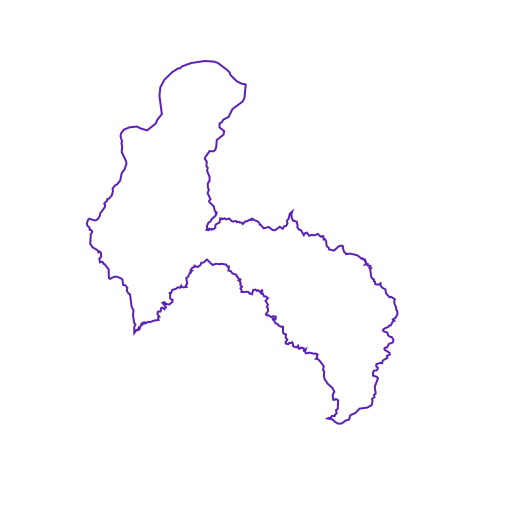 Rusizi, Western, Rwanda, rotated 36°
{"feature_id": "39286606B89224673348511", "entity_name": "Rusizi", "entity_type": "district", "adm_level": 2, "iso_a3": "RWA", "parent_name": "Rwanda", "parent_adm1": "Western", "projection": "orthographic", "projection_center": [29.077, -2.558], "detail": "fine", "context": "isolated", "style": "outline", "palette": "violet", "viewbox_px": 512, "rotation_deg": 36, "n_neighbors": 0, "source": "geoboundaries", "source_scale": "gbopen_adm2", "svg_char_len": 6136}
<svg xmlns="http://www.w3.org/2000/svg" viewBox="0 0 512 512"><g transform="rotate(36 256 256)"><path d="M421.1,268.5L420.1,266.7L420.3,265.2L422.2,261.3L420.6,259.9L422.2,257.0L420.8,255.8L415.2,256.3L414.3,255.5L414.3,254.5L415.7,252.9L415.2,249.1L417.4,245.6L416.7,243.2L413.4,241.8L411.8,242.6L409.3,242.5L407.3,240.7L403.5,241.9L402.3,241.5L402.3,239.7L404.8,235.4L404.5,234.2L405.8,233.0L405.1,227.9L405.9,227.2L404.0,226.8L405.2,224.4L404.7,219.9L402.4,217.3L401.0,217.1L399.4,215.1L396.3,213.4L394.7,211.8L393.7,209.4L389.4,209.6L388.4,210.9L383.0,209.7L380.5,207.0L376.4,207.4L374.3,206.7L372.7,204.9L371.9,207.3L369.0,208.7L367.3,206.9L366.1,207.1L365.0,205.5L363.5,206.0L361.3,205.0L356.0,199.4L356.2,198.2L354.6,198.8L354.3,196.8L352.2,198.0L351.3,196.9L349.3,198.8L349.5,196.9L347.9,195.9L347.2,196.2L346.3,194.8L345.1,195.6L343.7,195.2L343.2,196.2L338.1,195.8L334.4,197.1L330.7,198.8L327.7,201.6L326.5,200.8L325.1,201.0L321.4,198.4L320.9,197.1L319.5,197.0L317.4,199.2L315.9,205.8L311.2,207.7L310.1,206.7L307.3,206.4L304.1,202.9L301.7,201.8L300.9,202.9L298.9,200.4L297.9,201.1L297.6,200.5L297.6,201.9L296.9,202.4L293.0,201.8L291.4,204.8L288.6,206.2L287.2,208.4L283.4,207.2L282.3,208.7L282.4,211.0L277.0,208.6L275.3,209.4L272.6,208.5L271.5,206.7L268.7,204.3L265.1,205.6L262.5,204.1L260.0,201.3L259.2,198.8L258.5,202.0L260.4,206.3L260.4,209.4L262.5,211.4L262.6,214.1L261.3,215.5L261.6,218.2L258.0,218.4L256.3,224.0L254.2,225.2L249.2,225.1L245.9,229.1L242.0,228.1L240.6,228.5L239.4,227.3L236.5,227.1L233.4,228.1L231.6,227.7L230.4,228.6L231.2,229.6L229.2,230.8L228.6,232.8L227.0,234.3L226.5,237.9L224.8,237.4L223.2,238.5L221.8,238.4L220.7,239.9L219.2,239.4L217.4,241.5L215.7,242.1L212.3,241.4L210.3,244.0L208.4,244.0L207.2,245.8L205.9,246.0L206.0,246.8L205.1,246.8L206.8,250.4L205.1,253.6L205.1,255.1L206.4,256.9L206.0,259.1L204.8,259.6L204.6,260.8L202.5,261.1L202.6,262.5L201.5,262.3L201.7,263.4L200.6,263.9L200.5,262.5L198.7,260.8L198.0,257.0L198.9,254.6L198.4,252.5L199.5,247.5L199.3,245.4L198.2,244.9L198.6,244.1L195.9,243.6L192.8,240.7L186.3,239.7L185.6,238.6L185.9,236.9L179.9,233.6L178.9,230.1L177.0,229.0L174.8,226.3L174.1,224.4L174.4,222.9L172.1,219.4L166.4,215.9L165.1,213.0L163.0,212.4L160.7,208.6L157.6,207.6L156.9,206.1L156.8,198.4L159.7,196.6L160.7,194.3L159.9,191.5L156.1,185.2L158.4,176.9L156.9,173.7L150.9,173.4L148.6,170.2L149.7,167.6L149.4,164.9L152.1,159.6L150.6,150.9L154.3,139.2L154.2,137.3L153.5,134.5L146.9,123.3L142.5,125.2L137.6,125.9L128.9,124.6L127.0,123.1L123.9,122.5L111.6,122.2L107.4,123.6L99.9,128.4L90.3,137.8L84.8,145.9L84.2,149.0L82.8,149.8L80.1,156.7L78.3,167.5L79.5,175.8L83.7,183.1L96.4,196.5L96.1,203.5L97.0,207.9L94.1,218.3L87.8,220.6L83.7,221.2L77.9,226.4L74.8,231.5L74.8,236.1L76.0,238.7L80.3,242.1L81.0,244.1L83.1,245.6L86.2,250.8L95.2,255.7L97.0,257.5L98.7,263.2L98.7,268.0L101.8,274.8L101.5,279.6L100.4,282.0L100.4,285.8L102.2,287.7L103.8,292.0L103.3,296.1L102.3,297.5L103.1,298.8L102.4,301.9L102.6,303.0L103.9,303.3L105.0,305.5L104.9,313.0L106.1,315.6L106.3,318.6L105.8,320.7L104.7,322.0L99.1,323.9L98.9,325.6L100.2,329.4L101.8,330.6L104.6,330.9L105.9,332.5L107.3,331.9L109.3,332.7L109.6,335.5L114.7,343.6L118.8,345.0L124.6,344.5L126.4,345.7L127.0,344.2L128.9,344.8L131.1,347.6L130.8,350.3L133.5,352.8L134.4,351.4L136.0,351.1L137.1,352.0L138.3,351.6L144.7,353.4L149.9,360.3L151.4,360.3L153.2,356.5L155.6,354.5L159.8,353.5L161.7,353.5L165.5,357.5L167.6,356.5L170.7,357.4L171.7,359.9L174.7,361.2L176.7,361.1L185.0,370.0L189.0,372.1L191.0,375.9L196.9,381.8L198.7,382.2L199.2,385.0L202.8,389.8L202.8,386.2L203.9,385.6L203.3,383.0L204.6,383.5L203.4,378.9L204.2,378.9L204.4,377.7L203.6,377.2L204.4,376.4L204.1,375.8L204.8,375.2L205.3,376.1L206.1,375.7L207.5,372.5L209.1,371.9L211.0,368.7L214.8,364.9L213.4,364.0L212.9,362.9L213.6,362.0L210.5,361.0L209.5,359.3L209.5,358.4L211.4,357.1L209.9,353.8L210.7,352.7L213.2,352.9L213.1,350.2L207.9,348.8L208.9,347.3L210.4,347.3L210.9,348.0L214.4,346.2L215.3,342.1L214.3,340.5L212.8,341.1L211.2,340.6L209.5,337.9L208.0,336.7L207.2,337.2L209.0,335.8L208.2,332.7L210.4,329.8L211.3,327.1L213.1,326.6L213.0,324.1L213.9,324.8L215.6,324.1L218.0,321.8L216.6,321.0L216.6,318.8L212.6,314.9L213.3,313.0L212.3,308.0L213.0,307.7L212.3,306.6L212.8,305.6L211.4,305.9L211.4,302.9L212.7,301.1L212.0,300.0L215.4,299.2L216.4,295.8L215.7,293.7L217.4,292.0L218.4,287.7L226.1,288.8L228.2,285.8L231.9,283.7L232.4,282.7L237.0,280.5L239.2,281.4L240.4,280.4L242.2,284.0L244.5,283.1L247.2,284.0L251.2,282.7L252.2,283.9L253.5,283.7L254.9,284.6L256.9,284.1L256.5,285.8L257.6,285.3L258.2,286.6L259.5,286.8L260.3,288.7L262.7,289.0L262.4,291.3L264.3,292.0L265.4,293.7L270.8,289.5L273.1,290.3L274.1,289.2L275.2,289.2L273.7,285.2L275.3,283.5L277.1,283.8L277.6,282.5L280.3,282.6L280.9,280.2L281.7,280.5L281.9,283.2L283.1,283.2L283.6,282.5L286.1,283.9L287.9,282.9L290.4,283.0L290.1,286.7L294.4,288.4L294.6,290.8L296.6,291.5L298.2,293.6L298.2,297.3L299.9,297.7L300.6,296.7L304.5,296.4L305.3,294.6L307.7,293.5L308.8,295.5L306.6,296.7L306.9,297.6L308.6,297.4L311.2,298.9L314.2,298.4L315.0,299.0L317.8,298.5L319.4,297.4L322.8,301.9L324.0,302.6L326.3,301.7L328.1,304.7L330.5,305.2L330.6,308.6L331.6,309.3L334.0,308.4L333.9,306.7L335.5,306.0L335.9,304.5L337.8,305.5L338.7,307.0L340.7,306.8L342.6,306.1L342.7,303.9L345.1,305.8L346.1,305.0L346.0,303.8L348.7,302.7L350.2,304.2L351.0,302.0L351.9,304.6L353.7,305.4L356.4,302.5L360.0,301.2L362.0,299.6L363.8,299.6L363.7,300.8L365.2,302.2L365.0,303.9L366.5,303.1L369.2,303.4L375.6,305.3L377.3,308.9L379.0,309.3L381.4,313.1L384.0,315.4L389.6,317.3L395.3,317.8L399.2,319.8L399.6,323.1L402.8,326.8L404.1,326.3L404.7,324.7L407.3,324.5L412.0,331.6L411.3,333.6L413.7,335.9L413.2,338.1L413.7,339.2L411.4,340.9L411.5,343.6L409.9,344.3L409.4,345.4L413.9,343.2L416.8,343.8L421.0,343.4L423.7,341.2L425.3,336.4L427.4,333.6L425.9,329.3L428.6,324.8L429.5,318.6L435.2,313.2L437.2,308.6L435.6,305.0L433.9,303.5L434.8,300.6L433.1,299.0L433.7,297.0L428.9,291.9L426.5,283.2L424.7,282.7L421.0,284.0L419.0,281.2L418.9,279.3L420.8,277.7L420.8,275.6L420.3,274.8L418.1,274.6L417.0,272.7L419.3,269.6L421.1,268.5Z" fill="none" stroke="#5b21b6" stroke-width="2"/></g></svg>